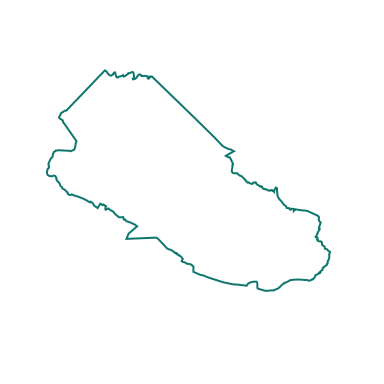 the district of Tzintzuntzan, Michoacán, Mexico, rotated 33°
{"feature_id": "50627088B10227189908038", "entity_name": "Tzintzuntzan", "entity_type": "district", "adm_level": 2, "iso_a3": "MEX", "parent_name": "Mexico", "parent_adm1": "Michoacán", "projection": "albers", "projection_center": [-101.539, 19.611], "detail": "fine", "context": "isolated", "style": "outline", "palette": "teal", "viewbox_px": 384, "rotation_deg": 33, "n_neighbors": 0, "source": "geoboundaries", "source_scale": "gbopen_adm2", "svg_char_len": 5918}
<svg xmlns="http://www.w3.org/2000/svg" viewBox="0 0 384 384"><g transform="rotate(33 192 192)"><path d="M288.8,240.9L288.9,238.4L290.1,236.1L291.9,234.2L294.8,232.1L295.8,232.4L296.6,233.1L298.6,236.2L299.7,237.2L306.0,235.4L308.3,234.4L312.1,231.3L313.9,230.2L314.3,229.8L314.5,229.2L316.6,226.3L316.9,225.3L317.3,224.3L317.7,222.0L317.9,221.6L318.2,220.3L318.5,219.5L318.9,218.9L318.9,218.0L319.3,217.4L319.8,217.2L320.4,216.1L321.8,213.9L322.2,212.6L323.7,211.4L324.4,210.6L330.2,206.6L331.8,205.9L334.0,204.5L334.9,204.3L335.6,203.6L336.7,203.0L337.8,202.9L338.3,202.7L339.5,201.7L339.7,201.3L339.8,200.5L340.5,200.0L340.7,199.1L341.1,199.0L341.1,198.9L341.1,198.4L341.4,197.4L341.0,194.3L343.5,190.3L343.5,190.0L342.7,190.2L342.9,189.4L343.0,188.2L343.3,187.5L343.8,186.8L343.9,186.6L343.9,186.2L343.0,184.6L343.0,184.3L343.2,184.1L343.3,183.8L343.4,183.7L343.4,183.1L343.7,182.8L343.9,181.9L344.6,180.5L344.8,179.3L344.4,178.8L344.6,178.5L344.5,177.9L343.9,176.7L343.5,176.3L343.6,174.7L342.8,172.2L341.8,170.5L340.9,169.6L340.9,168.8L340.5,167.1L338.2,167.1L337.0,166.6L336.3,166.5L334.9,167.2L334.5,167.2L334.0,166.9L333.2,165.8L332.7,165.5L330.3,165.6L329.8,165.4L328.7,163.8L328.0,163.3L327.5,163.2L326.8,163.3L325.0,164.4L323.9,164.3L322.9,164.0L323.2,163.2L322.6,163.0L322.4,162.1L321.0,161.9L320.6,162.1L320.3,162.4L320.0,162.2L320.3,160.8L319.5,157.2L319.4,155.3L319.2,154.6L319.2,154.2L319.4,153.9L319.4,153.7L318.5,153.6L318.2,153.4L318.3,152.5L317.7,152.1L317.2,150.4L317.2,149.7L316.8,148.8L316.7,147.7L314.8,147.1L313.3,146.2L313.2,145.7L312.0,143.8L310.4,143.4L298.8,145.1L293.0,148.1L288.1,150.2L287.9,151.3L288.1,151.4L288.0,151.6L287.7,151.6L287.6,152.3L286.7,150.8L285.0,151.5L284.8,151.7L284.5,152.2L284.6,152.4L284.6,152.9L284.0,153.3L283.4,153.0L283.1,153.1L282.6,152.8L282.5,152.6L280.1,153.8L278.7,152.7L276.4,152.7L272.0,151.1L270.1,150.7L267.9,149.9L266.6,149.2L265.3,148.0L261.4,143.1L261.2,142.5L260.0,142.6L259.8,143.5L260.3,146.3L260.7,147.1L259.7,146.8L259.2,147.2L258.7,147.1L258.4,146.8L258.1,146.8L258.1,147.3L256.6,147.8L256.6,148.4L256.4,148.7L254.5,149.3L254.4,149.2L253.8,149.0L252.5,149.7L252.3,149.6L251.1,149.9L250.8,150.4L249.2,150.3L248.5,150.1L248.0,149.4L247.5,149.5L247.1,149.5L246.6,149.6L246.5,150.2L246.2,150.3L245.5,150.1L244.9,150.2L243.5,150.1L242.9,150.2L242.1,150.2L240.9,149.8L240.6,149.3L240.0,149.3L239.5,150.0L239.1,150.2L238.6,150.3L238.4,150.5L238.4,151.3L238.2,152.4L237.4,152.7L237.0,152.7L235.6,153.3L234.0,153.2L233.6,153.8L232.6,153.8L231.9,153.6L231.7,153.3L230.6,152.9L230.2,153.1L229.7,153.0L229.4,152.6L228.8,152.4L227.9,152.3L224.5,151.7L223.5,152.2L220.4,152.0L219.8,151.6L217.9,152.9L217.0,153.4L215.5,153.7L214.4,153.2L213.7,152.3L213.4,151.8L212.1,148.6L211.3,147.7L211.5,146.4L207.0,143.5L204.9,142.3L203.9,143.0L202.0,143.2L200.7,143.2L204.9,135.0L203.9,135.2L201.7,135.1L200.2,135.8L196.5,136.5L194.0,136.7L192.6,136.7L181.1,134.0L153.1,128.3L95.6,117.0L95.1,117.2L94.2,117.9L94.4,117.9L94.5,118.2L94.4,118.4L94.1,118.4L94.1,118.6L93.8,118.7L93.8,119.0L94.0,119.2L94.1,120.0L93.8,120.3L93.6,120.8L93.2,120.8L93.0,120.5L92.6,120.4L92.4,120.2L92.4,119.8L92.1,119.6L91.8,119.4L91.3,119.4L91.1,119.5L90.7,119.5L90.1,119.8L89.5,120.1L87.9,121.1L87.9,121.3L86.7,122.2L86.1,122.2L85.4,121.7L84.7,121.7L84.1,121.8L83.9,122.3L83.2,123.0L83.3,123.5L83.2,124.3L83.1,126.3L83.1,127.0L82.7,128.0L82.1,128.8L81.3,129.6L80.7,129.4L80.9,127.7L80.5,126.7L78.0,123.9L77.6,123.7L76.4,124.0L75.2,126.0L73.8,127.1L74.0,128.1L73.3,129.4L73.0,130.7L72.0,132.3L70.5,132.2L70.4,131.9L68.9,134.1L68.1,134.8L67.5,135.7L67.6,135.9L67.2,136.4L66.5,136.9L64.6,135.8L63.1,134.2L62.3,133.6L61.6,134.3L61.7,135.2L61.5,135.9L61.7,136.1L61.7,136.4L61.5,137.2L61.2,137.6L60.7,138.5L60.3,138.5L60.0,138.8L59.3,139.0L58.2,138.8L56.1,138.2L55.1,137.6L53.7,137.4L52.7,137.5L42.2,192.4L41.2,192.9L40.8,193.4L40.4,194.9L39.3,196.8L39.2,197.7L39.8,199.4L39.7,200.4L39.8,201.6L40.0,202.0L40.5,202.3L41.4,202.4L43.9,202.3L44.7,202.4L46.0,203.8L46.3,203.7L67.5,212.3L67.7,213.9L69.5,217.8L69.8,219.4L70.1,220.1L70.0,220.9L67.9,224.0L66.6,224.2L65.2,225.2L64.0,225.8L63.7,226.0L60.1,228.0L59.6,228.5L58.6,228.9L57.4,229.6L56.7,230.2L56.2,230.8L55.2,231.4L55.1,232.4L54.5,233.2L54.4,233.8L54.6,235.3L55.8,238.4L55.8,238.9L55.5,239.9L55.4,240.7L56.0,245.7L56.3,246.5L56.9,247.3L57.7,248.1L58.1,248.7L58.3,248.8L58.6,249.2L58.8,250.2L58.7,250.8L58.4,251.0L58.5,251.7L59.5,254.3L60.3,255.4L61.0,255.9L62.1,256.3L63.3,256.3L64.9,255.7L65.7,255.4L66.8,253.9L67.3,253.4L68.9,253.1L70.1,253.9L70.5,254.3L71.1,254.4L71.7,255.6L72.7,256.1L73.7,256.2L74.6,256.6L75.5,256.6L76.5,257.1L78.2,258.4L79.1,258.7L80.3,258.8L81.4,259.5L82.4,259.6L83.4,259.4L84.5,259.5L87.0,260.1L87.9,260.1L88.6,261.0L89.0,261.3L90.0,261.1L90.5,261.2L91.0,261.2L91.6,260.7L92.1,260.3L92.4,259.5L92.7,259.4L94.2,259.3L95.4,259.1L96.7,258.4L97.0,258.5L100.2,257.7L104.4,256.8L108.4,256.4L112.0,256.3L112.1,255.4L114.8,255.4L117.1,256.7L121.6,256.9L121.5,251.7L124.3,251.7L124.4,250.8L127.5,250.7L127.3,251.4L128.4,252.6L128.5,253.5L129.0,253.9L129.3,253.9L129.8,252.8L130.5,252.0L130.6,251.5L131.5,251.5L133.5,251.6L136.6,251.3L137.3,251.6L139.6,252.4L143.1,252.8L144.2,253.1L147.1,251.3L147.4,251.1L147.5,250.8L148.0,250.5L149.9,252.2L150.1,252.9L150.3,251.8L151.3,251.5L152.4,252.3L152.1,252.4L156.6,251.2L161.7,250.5L161.9,250.4L164.7,250.7L161.5,261.4L162.6,267.0L184.8,251.2L187.1,249.7L187.3,249.6L189.6,249.9L196.6,251.6L201.9,252.9L203.5,252.8L204.6,252.3L208.1,251.9L210.4,252.3L211.3,252.3L211.4,251.9L212.2,251.7L212.2,252.3L214.0,252.3L213.6,252.0L218.5,252.2L219.6,252.9L220.7,253.1L221.0,255.7L222.7,255.6L224.2,254.9L226.1,255.1L226.6,255.0L227.0,254.6L228.7,254.1L229.7,253.5L231.4,253.3L231.8,253.6L232.6,253.5L233.8,253.7L236.6,258.2L244.2,256.9L246.5,256.0L247.7,255.6L251.5,255.0L267.1,250.8L273.9,248.2L277.5,246.7L281.1,244.6L288.8,240.9Z" fill="none" stroke="#0f766e" stroke-width="2"/></g></svg>